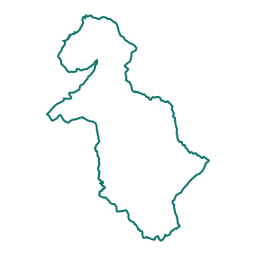 the district of Chapada Gaúcha, Minas Gerais, Brazil
{"feature_id": "56859067B64752676295084", "entity_name": "Chapada Gaúcha", "entity_type": "district", "adm_level": 2, "iso_a3": "BRA", "parent_name": "Brazil", "parent_adm1": "Minas Gerais", "projection": "robinson", "projection_center": [-45.487, -15.459], "detail": "fine", "context": "isolated", "style": "outline", "palette": "teal", "viewbox_px": 256, "rotation_deg": 0, "n_neighbors": 0, "source": "geoboundaries", "source_scale": "gbopen_adm2", "svg_char_len": 5734}
<svg xmlns="http://www.w3.org/2000/svg" viewBox="0 0 256 256"><path d="M63.8,40.9L65.0,42.4L65.1,43.2L64.5,45.0L63.2,46.6L62.5,47.8L61.9,48.3L61.5,50.3L61.0,51.3L59.9,52.4L58.7,54.8L58.2,56.4L58.5,57.3L59.9,58.5L61.0,60.6L61.3,63.8L64.0,66.5L64.8,67.0L67.1,70.6L68.8,72.0L69.5,72.1L72.0,71.6L73.4,72.1L75.2,71.7L76.1,71.3L76.6,70.6L76.7,69.5L77.1,68.9L78.5,68.9L79.3,69.6L81.0,70.4L82.0,70.3L83.7,69.4L87.1,69.0L88.7,67.7L93.5,64.3L95.8,61.0L97.0,60.2L97.2,60.9L97.0,62.6L96.6,63.8L95.1,66.0L94.9,68.0L93.8,70.9L91.7,73.5L91.3,74.3L90.2,75.3L88.4,76.4L87.3,79.1L86.0,80.2L83.8,83.5L83.1,84.2L81.1,85.0L80.0,85.8L79.8,87.9L79.4,89.1L78.6,90.0L77.8,90.5L76.4,91.0L74.4,92.4L70.4,92.7L69.3,93.0L69.1,94.0L69.5,94.8L70.9,96.8L71.2,97.8L70.6,98.5L69.7,98.8L68.5,98.8L64.0,98.4L63.8,100.0L63.5,100.8L59.0,103.1L57.2,103.9L56.3,104.5L53.1,107.6L50.2,110.9L49.7,111.7L47.1,114.0L47.6,114.8L49.0,115.8L49.4,116.4L51.3,119.7L52.0,120.5L52.7,120.7L56.6,118.5L57.5,117.7L58.8,115.8L59.5,115.2L60.2,115.0L60.8,115.4L61.4,116.3L63.1,119.6L65.4,121.6L67.2,122.5L68.8,122.5L70.3,121.0L72.0,120.0L76.6,119.1L81.6,117.3L82.6,117.3L83.4,118.0L84.1,118.1L84.8,118.8L87.3,120.2L90.1,121.2L93.5,121.8L95.8,123.6L96.7,126.4L96.7,129.3L97.1,130.1L97.5,133.5L98.0,135.7L98.4,136.6L98.3,137.6L98.6,139.5L99.1,140.4L99.2,141.6L98.8,142.3L96.3,145.1L95.7,147.1L95.1,147.8L95.1,148.6L95.8,150.8L96.7,150.9L97.1,151.7L97.5,154.4L97.4,155.5L99.3,158.8L98.8,161.4L99.3,163.1L99.3,164.1L98.9,166.1L98.0,168.1L98.4,170.6L99.6,171.6L99.6,172.7L99.0,173.5L99.1,174.4L98.5,178.6L99.0,179.7L100.0,179.9L100.7,180.5L101.0,181.2L100.6,182.8L100.3,183.4L101.1,183.7L102.2,183.7L101.8,184.8L102.4,185.7L103.3,186.4L104.6,186.8L104.8,187.9L103.3,189.1L102.6,189.1L102.1,189.6L102.2,190.6L101.1,190.9L100.5,191.4L99.6,191.9L99.9,192.6L99.7,193.5L99.1,194.3L99.5,195.4L100.2,196.2L103.3,197.5L105.2,197.5L106.1,197.8L109.4,201.5L110.2,202.7L111.7,203.8L112.5,204.1L114.4,204.2L116.3,206.4L116.5,207.2L116.5,209.2L116.9,211.3L118.0,211.7L119.8,211.2L120.5,211.3L123.4,210.9L126.0,210.2L126.7,210.8L128.6,214.5L128.4,217.0L128.4,217.7L129.0,219.2L130.4,220.8L133.7,222.4L134.2,223.0L134.4,224.0L135.5,224.3L136.2,225.3L136.5,226.2L137.2,226.9L137.9,228.0L138.0,229.3L139.4,229.5L139.6,230.6L140.9,231.1L141.7,231.2L142.3,231.8L142.6,233.0L142.3,234.3L142.6,235.9L143.5,237.8L145.2,237.8L146.6,236.9L147.3,237.2L148.0,238.0L148.7,237.9L149.5,238.1L151.9,239.2L154.4,239.7L155.2,238.2L155.5,237.2L156.5,236.7L158.3,236.3L158.6,238.1L160.4,240.5L161.2,240.6L161.9,240.0L162.8,239.7L163.6,238.0L164.5,237.2L165.0,236.0L165.2,234.9L166.6,235.7L167.2,235.8L168.0,235.2L169.1,235.0L170.4,233.7L170.7,233.0L170.6,232.3L171.8,230.7L172.7,230.7L174.1,229.2L174.8,228.8L175.5,228.5L176.2,228.8L176.5,228.2L177.4,228.0L178.8,226.7L179.7,226.2L179.1,225.4L178.8,224.5L178.1,223.9L177.7,223.1L177.7,221.4L177.4,220.3L177.6,219.2L176.7,217.5L176.8,216.3L176.3,215.1L175.2,213.2L175.0,211.5L174.7,210.6L174.6,209.5L174.0,207.2L174.3,205.2L173.8,204.5L173.0,204.0L172.6,203.0L172.5,201.8L172.6,201.0L174.2,200.1L175.9,195.8L176.5,195.0L178.4,194.0L179.0,193.4L181.1,192.6L182.1,190.3L183.4,188.6L187.2,184.5L188.3,182.9L191.1,179.7L196.1,175.3L197.3,174.6L199.2,174.0L202.3,171.1L203.8,168.9L204.1,167.9L204.8,166.2L205.3,165.5L205.7,163.6L206.1,162.9L207.4,162.3L208.5,161.2L208.9,160.5L208.4,159.9L206.9,159.3L205.7,157.8L204.6,157.4L203.7,156.8L202.8,157.4L202.4,158.1L201.6,157.8L198.8,155.4L197.9,155.6L197.1,155.2L197.0,154.4L196.6,153.7L196.0,153.4L195.4,153.2L194.5,153.7L193.5,153.8L192.2,152.5L191.5,152.1L189.7,152.8L189.2,152.2L188.9,151.5L187.8,150.6L187.6,149.7L186.3,148.1L185.7,147.8L185.2,146.9L185.2,145.6L184.5,145.1L183.7,145.3L182.9,145.2L182.1,143.6L182.0,142.3L180.9,141.6L179.8,141.9L178.8,141.2L178.1,140.4L178.2,139.2L177.5,138.5L177.2,137.4L177.5,136.1L177.4,135.0L176.7,134.3L176.7,130.5L177.0,129.7L176.9,128.8L175.9,126.2L175.9,125.2L175.4,123.3L175.2,121.3L174.7,120.7L175.0,119.1L175.0,118.1L174.5,117.5L173.8,117.3L173.2,116.8L173.1,115.7L173.9,114.0L173.6,113.0L173.2,112.3L173.0,111.3L172.0,109.8L171.8,108.9L172.5,106.5L171.9,105.7L170.7,104.5L170.3,103.6L168.9,102.7L168.2,101.6L167.4,101.3L166.8,102.1L164.9,101.8L163.2,100.9L161.3,100.6L160.8,99.7L160.5,98.7L160.1,97.8L158.2,96.9L156.5,97.0L154.6,97.6L152.9,97.1L152.1,97.7L151.0,99.6L150.0,99.7L149.3,99.1L148.8,97.6L146.2,96.8L145.5,95.5L144.1,94.3L143.3,94.5L142.3,94.3L141.7,93.8L140.7,93.3L139.1,93.0L137.7,91.9L137.1,92.2L136.1,92.2L135.4,91.6L134.9,92.0L134.1,91.8L133.1,91.4L132.2,90.1L131.7,88.5L131.4,85.9L129.9,82.9L129.2,81.9L128.2,81.6L125.9,80.0L126.3,78.9L126.4,76.5L125.8,75.8L125.4,72.8L125.8,72.0L127.8,70.1L128.1,69.3L127.7,68.4L127.2,67.9L125.2,66.8L124.8,66.2L125.1,65.4L127.4,63.1L129.1,62.2L129.7,61.6L130.7,59.7L130.8,58.2L131.5,56.6L131.4,53.4L131.7,52.6L132.3,52.1L133.3,51.8L135.6,50.3L136.3,49.3L136.3,47.8L134.6,45.6L133.4,44.7L129.1,42.8L127.8,41.6L125.5,40.2L124.8,39.5L123.7,37.3L120.5,35.6L118.9,31.7L118.2,28.9L118.1,27.8L116.5,24.0L115.6,22.6L115.0,22.3L114.1,22.2L113.4,21.7L110.1,18.9L108.1,19.1L107.2,18.7L106.7,17.8L104.3,17.2L103.4,17.1L101.8,17.4L100.9,17.8L100.6,18.4L99.8,18.9L98.9,19.1L98.3,19.0L96.3,18.1L93.3,17.6L91.7,16.4L91.3,15.4L89.2,15.9L87.9,16.4L87.2,16.3L86.3,15.5L86.0,16.7L85.3,17.9L84.9,16.6L84.1,16.7L83.1,17.4L82.6,19.0L82.4,20.5L83.2,21.9L83.2,22.9L82.3,24.3L82.3,25.2L82.0,26.0L81.2,26.5L80.6,27.5L80.3,28.5L79.4,30.3L78.2,31.0L77.3,32.2L76.4,32.6L74.8,32.2L74.8,33.4L73.9,34.1L73.0,33.7L70.8,34.9L69.8,34.9L69.3,35.5L69.7,36.2L69.6,37.1L68.9,37.2L68.2,37.5L68.4,38.9L67.8,39.4L67.0,39.5L66.5,40.1L65.1,40.8L63.8,40.9ZM102.2,183.7L102.1,182.7L102.5,181.9L103.1,182.3L102.8,183.1L102.2,183.7Z" fill="none" stroke="#0f766e" stroke-width="2"/></svg>